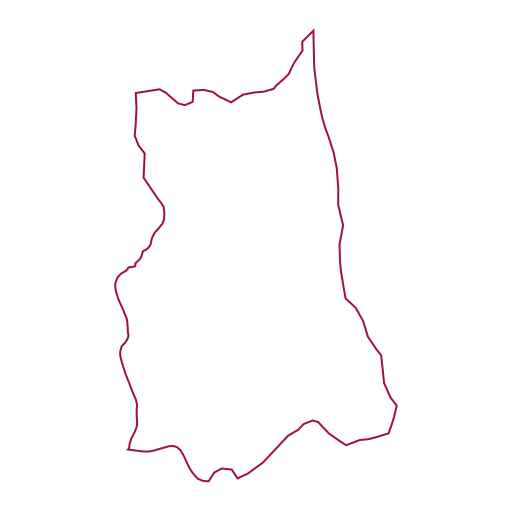 outline of As Sawd, Hajjah, Yemen
{"feature_id": "15242507B88487972581206", "entity_name": "As Sawd", "entity_type": "district", "adm_level": 2, "iso_a3": "YEM", "parent_name": "Yemen", "parent_adm1": "Hajjah", "projection": "equal_earth", "projection_center": [43.734, 15.824], "detail": "fine", "context": "isolated", "style": "outline", "palette": "rose", "viewbox_px": 512, "rotation_deg": 0, "n_neighbors": 0, "source": "geoboundaries", "source_scale": "gbopen_adm2", "svg_char_len": 4083}
<svg xmlns="http://www.w3.org/2000/svg" viewBox="0 0 512 512"><path d="M138.7,145.6L144.4,153.1L144.6,153.4L144.7,153.5L144.1,167.0L143.6,177.7L157.7,198.5L161.1,202.9L163.7,207.0L164.3,212.7L164.4,214.3L163.9,219.9L163.2,221.4L162.8,222.8L162.2,224.0L161.0,225.5L160.0,226.7L158.9,228.0L156.3,230.9L154.9,232.5L153.3,235.3L152.0,238.0L151.2,241.2L150.9,243.5L150.2,245.0L149.2,246.9L147.8,248.3L145.6,250.0L143.2,250.9L142.6,252.5L141.2,257.1L141.0,257.3L139.8,259.1L138.3,260.7L136.7,262.2L135.4,263.2L135.4,264.8L134.9,266.4L132.8,266.7L131.8,267.2L130.8,267.2L129.7,266.9L128.8,267.7L128.1,267.9L127.9,268.4L127.6,268.8L127.4,269.4L126.7,269.9L126.4,270.5L125.9,270.6L124.8,271.5L124.2,271.9L123.8,272.0L123.3,272.4L122.9,272.5L122.1,273.0L121.5,273.4L121.1,273.6L120.7,274.1L120.1,274.6L119.8,274.9L119.3,275.5L119.0,275.8L118.7,276.2L118.1,277.0L117.7,277.5L117.3,278.2L117.2,278.4L117.0,278.9L116.8,279.4L116.4,280.2L116.2,280.8L115.9,281.5L115.8,282.2L115.5,282.9L115.4,283.7L115.3,284.3L115.3,285.2L115.3,285.8L115.4,286.9L115.4,288.1L115.5,288.6L115.6,289.6L115.9,290.7L116.0,291.4L116.3,292.2L116.4,292.9L116.6,293.4L116.7,293.8L117.1,294.7L117.4,295.8L117.6,296.7L117.6,297.1L117.8,297.6L118.0,298.1L118.3,298.6L118.5,299.5L118.8,300.1L119.1,300.9L119.3,301.4L119.7,302.2L119.8,302.6L120.0,303.1L120.6,304.1L120.8,304.6L121.0,305.1L121.5,306.1L121.9,306.9L122.2,307.6L122.5,308.4L123.0,309.4L123.3,310.1L123.6,310.9L123.9,311.5L124.1,312.4L124.3,312.7L124.5,313.2L125.0,314.4L125.4,315.2L125.6,315.7L125.7,316.1L126.1,317.2L126.4,317.7L126.5,318.4L126.7,319.0L126.9,319.5L127.1,320.5L127.2,321.3L127.4,322.0L127.4,323.1L127.4,324.3L127.5,325.2L127.6,325.7L127.7,326.3L127.7,327.1L127.7,327.7L127.9,332.1L128.0,333.1L128.3,334.4L128.6,335.8L127.5,338.7L126.3,340.9L125.0,342.8L121.8,346.1L120.3,350.9L120.2,355.3L121.4,360.6L123.3,367.0L124.5,370.8L125.2,373.0L125.3,373.3L128.7,381.9L132.7,392.3L136.0,399.9L136.9,404.2L137.1,405.8L137.1,406.2L136.9,406.8L136.8,407.7L136.7,408.3L136.7,409.1L136.7,409.7L136.7,410.5L136.7,411.3L136.6,412.1L136.7,412.8L136.7,413.5L136.7,414.2L136.7,415.4L136.7,416.0L136.8,416.8L136.9,417.6L136.9,418.6L137.1,419.7L137.1,420.8L137.1,421.8L137.1,422.4L137.1,423.3L137.1,423.9L136.9,424.8L136.9,425.4L136.7,425.9L136.7,426.7L136.6,427.2L136.3,427.8L136.1,428.3L135.8,429.3L135.4,430.1L135.1,430.6L135.0,431.5L134.7,431.9L134.3,432.5L134.1,433.0L133.8,433.6L133.6,434.2L133.4,434.6L133.1,435.2L132.7,435.9L132.5,436.5L132.1,436.9L131.9,437.4L131.6,437.8L131.3,438.3L131.1,438.8L130.9,439.6L130.8,440.3L130.5,441.0L130.3,442.0L130.0,442.4L129.8,443.4L129.6,443.9L129.5,444.6L129.4,445.3L129.4,446.4L129.1,447.8L128.7,448.8L128.0,449.5L138.2,450.9L140.7,451.2L142.6,451.4L145.9,451.5L146.7,451.6L150.6,451.3L155.1,450.2L159.2,449.0L164.2,447.6L168.9,446.2L170.7,446.1L172.9,446.0L177.0,447.1L180.3,450.1L182.9,454.2L184.9,458.4L186.1,461.0L187.1,463.3L189.3,467.7L191.5,471.2L191.9,471.9L194.7,475.4L197.9,478.8L202.2,480.6L206.2,481.3L208.9,481.1L210.0,479.2L214.3,472.5L221.8,468.5L231.8,469.6L237.5,478.4L247.6,473.7L263.0,462.5L288.2,435.6L298.2,429.8L303.6,424.1L312.6,420.5L318.1,422.0L328.8,433.4L335.5,438.1L338.8,440.4L346.1,445.2L359.9,440.0L368.2,439.2L375.4,437.4L388.6,433.3L391.6,424.9L394.2,416.6L396.7,405.6L390.6,397.7L384.1,383.1L381.2,355.5L381.1,355.3L376.2,349.0L367.9,336.7L363.1,321.0L359.5,314.6L355.7,307.8L345.5,298.3L343.5,286.5L340.9,270.9L340.0,260.6L339.5,244.4L343.1,225.5L338.2,204.8L338.3,188.2L336.7,167.9L333.6,152.5L328.5,136.6L325.5,128.7L322.4,118.3L320.4,109.3L317.3,93.1L316.2,84.1L314.2,67.1L313.8,50.7L313.4,30.7L302.2,41.8L302.5,50.6L293.9,63.1L288.8,73.9L283.5,79.2L277.9,84.1L275.9,85.8L274.0,88.5L272.0,89.4L271.9,89.3L263.7,91.7L254.7,92.4L242.9,94.7L231.8,101.9L231.2,102.4L218.9,96.4L212.9,92.0L203.8,89.9L193.3,90.6L192.7,101.9L184.8,105.1L178.1,103.4L176.2,101.7L175.5,101.1L175.0,100.7L166.1,93.0L165.7,92.6L159.4,89.3L142.9,91.9L141.5,92.1L135.8,93.0L136.5,108.8L136.2,114.5L135.8,121.9L135.6,125.4L134.7,135.5L138.5,145.4L138.7,145.6Z" fill="none" stroke="#9f1239" stroke-width="2"/></svg>